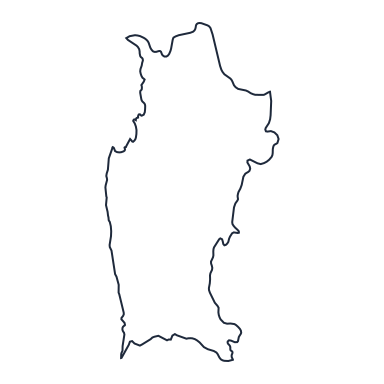 the border of Coquimbo
{"feature_id": "CHL-2697", "entity_name": "Coquimbo", "entity_type": "Region", "adm_level": 1, "iso_a3": "CHL", "parent_name": "Chile", "parent_adm1": "", "projection": "mercator", "projection_center": [-70.868, -30.645], "detail": "fine", "context": "isolated", "style": "outline", "palette": "slate", "viewbox_px": 384, "rotation_deg": 0, "n_neighbors": 0, "source": "natural_earth", "source_scale": "10m", "svg_char_len": 4441}
<svg xmlns="http://www.w3.org/2000/svg" viewBox="0 0 384 384"><path d="M270.0,91.7L270.0,91.8L271.2,101.0L270.6,115.3L270.1,119.3L268.9,123.1L265.7,128.0L265.3,129.5L265.9,131.3L267.4,131.6L270.9,131.1L274.4,132.4L277.3,135.2L278.6,139.0L277.4,143.0L276.6,143.6L274.8,144.5L273.9,145.3L273.5,146.1L273.2,147.1L272.8,149.1L272.7,153.1L272.4,155.1L271.6,156.9L269.2,159.7L266.7,161.7L264.0,163.1L260.7,164.1L257.5,163.3L249.9,159.5L247.5,160.6L247.4,162.5L249.7,166.4L250.2,168.7L249.5,170.8L248.3,171.9L246.9,172.7L245.3,173.7L243.4,176.7L241.7,184.9L240.3,188.7L238.5,192.0L238.0,193.7L237.6,195.8L237.7,197.2L237.9,198.2L238.0,199.3L237.4,200.6L235.8,202.8L235.3,203.6L234.0,207.4L232.2,222.1L232.5,224.1L233.5,225.7L235.0,227.5L237.6,229.9L238.8,231.3L238.9,232.7L237.8,233.0L233.8,232.4L232.1,233.3L230.0,236.6L229.1,238.7L228.3,241.9L227.2,243.6L225.8,244.9L224.4,245.3L223.3,244.0L222.8,241.6L222.1,239.3L220.3,238.4L219.2,239.2L214.0,247.4L213.5,249.1L213.3,251.2L213.4,255.4L213.0,257.3L211.0,261.6L211.1,263.6L211.8,265.6L212.3,267.9L212.0,269.9L210.4,273.3L210.0,275.4L210.1,279.4L209.8,283.3L208.9,288.1L209.0,290.1L209.9,292.7L214.8,302.7L217.6,306.0L218.6,307.8L218.4,312.4L218.8,315.0L219.6,317.4L220.6,319.4L223.9,322.8L227.1,323.7L230.5,323.5L234.5,324.1L236.1,325.1L238.1,326.9L239.9,328.9L240.9,330.7L241.2,332.8L240.6,334.2L239.7,335.5L238.8,337.1L238.0,341.1L237.2,342.1L234.8,342.2L231.0,340.6L229.0,340.3L227.7,341.5L227.6,342.7L228.0,343.7L229.5,345.3L230.1,346.3L230.3,347.2L230.3,349.3L230.6,350.3L232.2,351.5L232.5,352.2L232.4,353.2L231.7,355.0L231.6,356.0L231.8,357.3L232.9,359.6L232.9,359.8L228.3,361.0L224.2,360.8L222.5,360.3L220.8,359.3L219.4,357.5L217.6,354.0L216.4,352.5L213.8,351.0L207.8,349.2L203.9,347.1L199.6,342.4L196.9,340.3L194.8,339.1L192.2,338.3L190.3,338.2L188.3,338.3L186.4,338.7L176.9,335.3L174.9,334.1L172.4,335.6L170.8,339.6L168.7,339.5L167.0,340.3L158.4,335.8L154.5,336.7L152.4,337.5L150.6,339.2L142.0,344.5L139.9,345.6L134.5,343.5L132.1,341.1L129.9,341.7L128.8,344.8L121.5,357.9L121.1,358.0L121.2,354.4L121.4,353.2L122.5,350.7L122.6,346.1L124.4,334.5L124.0,332.7L123.2,331.6L122.7,330.6L122.4,329.4L122.5,327.9L123.0,326.8L123.8,326.0L124.6,325.5L125.0,325.0L124.5,322.8L121.4,319.3L121.5,317.9L123.1,315.9L123.8,314.2L123.7,312.6L119.3,294.4L118.6,292.6L118.7,284.8L116.5,276.7L115.1,274.1L111.5,250.6L109.8,247.1L109.6,245.0L111.0,236.2L111.2,231.2L110.8,226.2L109.8,222.0L109.4,221.3L109.0,220.8L108.7,220.1L108.5,217.6L108.0,215.4L107.6,211.9L106.0,205.1L106.7,197.5L106.3,196.3L105.4,187.4L105.7,185.2L107.1,179.9L106.9,178.2L106.3,176.0L106.7,173.5L107.9,169.7L108.8,158.3L112.2,148.6L112.4,147.5L112.7,147.1L113.3,147.4L113.9,148.0L115.1,151.1L117.0,152.1L119.3,152.4L121.2,152.2L123.5,151.4L124.5,150.7L125.0,149.7L124.8,148.5L124.5,147.7L124.7,147.3L125.9,147.1L126.4,145.9L130.1,139.0L131.3,140.3L132.1,141.4L133.0,141.8L134.4,140.6L135.4,139.1L135.9,137.5L136.4,134.0L136.5,130.1L135.9,126.6L134.8,123.5L133.2,120.9L133.6,119.9L134.2,119.4L134.9,119.5L135.8,120.1L135.9,119.2L136.2,118.5L136.6,118.0L138.1,117.6L138.1,117.1L138.0,116.4L138.2,115.7L138.6,115.1L138.6,114.7L138.9,114.4L139.9,114.3L140.2,114.5L141.1,115.5L141.7,115.7L143.7,114.7L144.8,112.2L145.1,109.0L145.2,105.9L144.9,104.3L144.2,103.2L142.4,101.5L141.7,100.4L141.3,99.1L140.2,92.8L140.3,91.0L141.1,90.2L141.7,89.5L141.9,87.9L141.8,86.2L141.4,85.1L143.8,81.6L144.6,79.5L143.6,78.6L142.5,77.8L141.4,75.8L140.6,73.4L140.2,71.3L140.5,69.0L141.7,65.6L142.2,62.7L142.6,61.5L142.9,60.3L142.7,59.0L142.2,58.1L140.8,57.0L140.2,56.0L139.7,53.5L139.6,51.3L139.2,49.2L137.9,47.0L136.5,45.6L127.9,39.9L126.3,38.1L129.6,36.2L135.0,35.2L137.6,35.5L140.1,36.1L143.7,37.8L145.3,38.8L146.8,40.1L147.9,41.4L148.7,42.9L150.3,47.6L151.3,49.4L152.8,51.2L154.4,51.9L156.0,51.9L158.7,51.1L159.7,51.0L160.4,51.2L161.0,51.8L161.3,52.6L161.6,53.4L161.9,54.2L162.6,55.3L164.3,56.5L166.4,56.5L167.9,55.6L169.2,53.9L170.5,50.8L171.1,48.6L172.7,39.8L173.1,38.5L173.5,37.6L175.6,36.4L178.8,35.2L190.2,32.8L193.1,31.7L194.5,30.4L195.3,28.9L195.7,27.3L195.9,25.9L196.2,24.9L196.8,24.0L198.1,23.2L199.6,23.0L201.4,23.2L207.6,25.4L209.2,26.4L210.5,28.1L212.6,34.5L220.1,66.0L221.4,69.8L222.6,72.0L224.4,74.3L230.3,78.5L231.4,79.7L232.3,81.3L234.0,85.3L235.6,87.2L238.1,88.9L245.9,90.5L248.1,91.5L250.7,93.2L253.1,94.2L255.2,94.8L263.1,94.9L263.9,94.8L265.0,94.3L268.1,92.5L269.9,91.7L270.0,91.7Z" fill="none" stroke="#1e293b" stroke-width="2"/></svg>